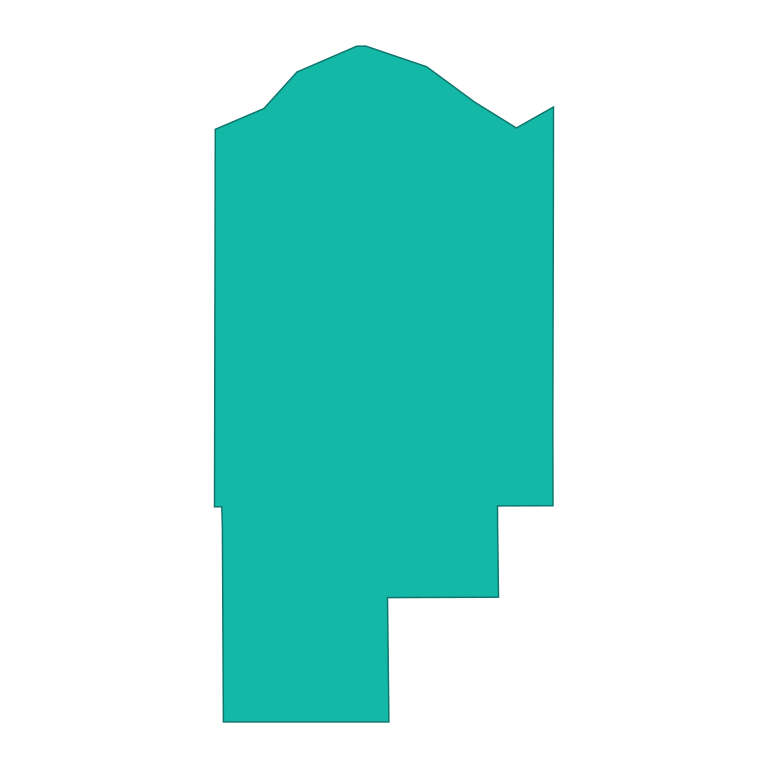 Jasper, Indiana, United States of America
{"feature_id": "52423323B69919986671378", "entity_name": "Jasper", "entity_type": "district", "adm_level": 2, "iso_a3": "USA", "parent_name": "United States of America", "parent_adm1": "Indiana", "projection": "natural_earth1", "projection_center": [-87.091, 41.011], "detail": "fine", "context": "isolated", "style": "filled", "palette": "teal", "viewbox_px": 768, "rotation_deg": 0, "n_neighbors": 0, "source": "geoboundaries", "source_scale": "gbopen_adm2", "svg_char_len": 404}
<svg xmlns="http://www.w3.org/2000/svg" viewBox="0 0 768 768"><path d="M553.5,107.0L516.3,128.0L474.3,101.9L426.7,66.8L365.7,46.1L356.7,46.2L297.0,72.0L271.1,100.6L263.8,108.6L215.3,129.3L214.5,506.8L221.8,506.8L222.4,527.3L223.4,721.9L388.9,721.9L387.5,597.6L498.5,597.2L497.6,525.6L497.5,505.9L553.0,505.7L552.8,425.9L553.4,186.2L553.5,107.0Z" fill="#14b8a6" stroke="#0f766e" stroke-width="1.5"/></svg>